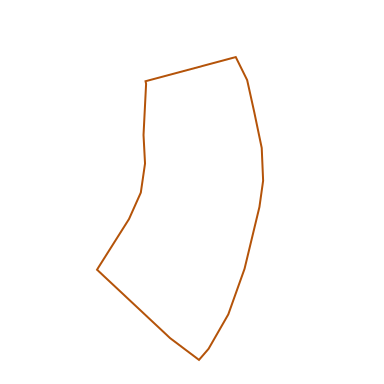 42, Ad Dawhah, Qatar (Equal Earth projection), rotated 303°
{"feature_id": "91078587B68220687266900", "entity_name": "42", "entity_type": "district", "adm_level": 2, "iso_a3": "QAT", "parent_name": "Qatar", "parent_adm1": "Ad Dawhah", "projection": "equal_earth", "projection_center": [51.545, 25.262], "detail": "fine", "context": "isolated", "style": "outline", "palette": "amber", "viewbox_px": 384, "rotation_deg": 303, "n_neighbors": 0, "source": "geoboundaries", "source_scale": "gbopen_adm2", "svg_char_len": 398}
<svg xmlns="http://www.w3.org/2000/svg" viewBox="0 0 384 384"><g transform="rotate(303 192 192)"><path d="M77.7,154.6L75.1,154.7L57.5,253.3L55.0,289.3L69.5,291.3L109.1,289.1L156.2,277.9L216.2,256.7L240.2,245.5L266.9,226.5L292.8,200.8L315.9,177.3L329.0,155.2L259.6,92.7L257.7,94.6L213.4,120.3L190.3,137.1L163.6,149.4L135.0,153.9L77.7,154.6Z" fill="none" stroke="#b45309" stroke-width="2"/></g></svg>